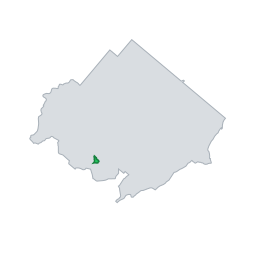 location of Ar Reif Ash Shargi, South Kordufan, Sudan, rotated 40°
{"feature_id": "16777658B25449953916595", "entity_name": "Ar Reif Ash Shargi", "entity_type": "district", "adm_level": 2, "iso_a3": "SDN", "parent_name": "Sudan", "parent_adm1": "South Kordufan", "projection": "mercator", "projection_center": [29.773, 11.191], "detail": "fine", "context": "in_parent", "style": "filled", "palette": "green", "viewbox_px": 256, "rotation_deg": 40, "n_neighbors": 0, "source": "geoboundaries", "source_scale": "gbopen_adm2", "svg_char_len": 4553}
<svg xmlns="http://www.w3.org/2000/svg" viewBox="0 0 256 256"><g transform="rotate(40 128 128)"><path d="M167.7,192.1L165.8,192.1L165.6,191.6L165.6,190.4L165.8,189.4L166.5,187.9L166.3,187.1L166.5,185.9L165.9,184.6L161.3,180.7L160.4,179.7L158.0,178.7L158.4,177.6L157.4,169.7L157.9,168.8L158.0,167.4L158.0,166.2L158.6,164.1L158.7,163.3L153.8,163.2L153.7,164.1L153.9,165.1L153.9,165.4L147.1,165.5L149.8,168.6L149.9,169.9L149.8,171.6L149.8,172.7L150.0,173.4L150.7,174.8L150.7,175.1L150.5,175.4L145.6,179.6L144.8,181.5L144.2,182.5L142.8,184.2L138.4,188.6L137.6,188.9L134.3,189.0L133.9,189.1L133.7,189.3L130.6,186.7L125.8,183.6L122.6,185.2L121.7,185.8L121.7,187.3L121.2,188.1L120.3,188.9L118.0,189.4L116.7,189.9L115.3,190.7L113.8,192.1L113.7,192.9L113.9,193.5L105.7,193.5L105.2,193.0L104.0,190.6L103.1,190.8L95.7,190.5L94.6,190.8L92.5,191.7L91.4,191.9L90.3,191.4L86.4,186.8L85.5,186.3L84.6,185.2L83.8,184.7L83.5,184.4L83.4,183.9L83.5,182.9L83.2,182.2L82.6,182.1L77.3,183.2L76.5,183.0L75.4,183.2L75.0,183.4L74.6,184.0L74.5,185.3L74.4,185.9L74.0,186.6L72.5,188.2L72.1,188.8L72.2,190.6L72.1,191.4L71.9,191.8L71.2,192.5L71.0,192.9L70.7,195.1L69.9,196.4L69.7,196.8L69.7,197.8L69.5,198.1L67.2,198.8L66.3,199.3L65.7,200.1L65.6,200.4L64.6,200.1L63.3,199.9L60.8,199.7L59.8,199.4L59.3,198.8L59.5,197.5L59.2,197.2L58.8,197.0L58.5,196.4L58.6,195.7L59.9,194.2L60.2,193.4L60.5,189.5L60.4,188.3L59.4,186.2L57.0,182.4L56.4,181.7L53.4,178.6L53.1,178.2L52.3,176.9L53.1,174.0L53.2,173.2L53.0,172.4L52.2,171.8L51.6,171.7L50.7,171.0L50.1,170.6L49.6,170.0L49.2,169.0L49.5,165.6L49.3,165.2L48.5,165.1L48.4,164.8L48.4,164.2L48.0,162.3L47.5,160.7L47.8,159.8L47.1,158.6L45.9,158.1L43.5,158.5L42.8,158.4L42.2,158.2L41.9,157.7L41.7,157.2L41.9,156.4L42.6,155.0L43.4,153.8L45.1,152.7L45.6,152.2L45.8,151.5L45.9,150.8L45.8,150.0L45.6,149.3L45.1,148.4L44.6,147.3L44.6,146.6L44.8,146.0L45.3,145.4L47.0,144.1L48.7,143.1L49.0,142.7L48.9,142.3L48.1,141.4L47.9,139.8L47.4,138.6L48.3,137.7L49.0,137.4L50.0,137.1L50.4,136.8L50.5,136.1L50.5,135.4L50.9,134.9L51.4,133.8L51.8,133.3L53.1,132.1L53.4,131.3L53.5,130.5L53.1,128.1L53.9,127.1L54.9,126.3L56.3,126.4L58.5,126.2L60.0,125.9L61.1,125.9L63.5,126.3L63.8,126.1L63.9,125.5L63.9,79.9L74.0,79.9L74.1,57.9L138.2,57.9L138.7,57.8L139.7,55.8L140.2,55.6L140.8,55.7L141.0,56.2L140.5,57.9L196.4,57.9L196.5,60.4L197.0,62.4L198.6,65.3L199.9,66.9L200.4,67.7L200.5,68.1L200.4,68.5L200.0,68.0L199.3,67.8L199.2,69.1L199.5,71.9L200.1,73.8L199.7,75.6L199.7,78.6L200.4,82.2L200.3,84.5L201.5,89.8L202.6,92.7L203.2,93.5L203.9,93.9L205.2,94.1L207.2,95.6L208.8,97.2L209.3,98.0L210.1,98.9L210.6,98.8L210.9,98.5L211.4,99.3L213.9,100.8L214.3,101.6L213.4,102.3L212.4,103.5L211.9,104.7L211.6,105.1L210.8,105.8L210.6,106.1L210.3,106.3L209.9,106.4L209.0,106.7L208.3,106.6L207.5,106.8L207.2,107.1L206.6,107.4L205.8,107.5L204.5,108.5L203.4,108.9L203.0,109.3L202.4,111.2L202.0,111.8L200.3,111.8L199.5,112.0L198.4,111.8L197.8,111.8L197.7,112.2L197.5,113.8L197.5,114.6L196.6,116.4L196.9,120.0L196.0,122.6L195.8,123.2L194.9,125.3L194.4,126.1L193.3,130.0L192.8,131.1L191.8,132.4L192.9,141.7L192.0,144.6L192.1,146.1L191.5,148.4L191.0,149.4L190.3,150.7L189.6,152.1L189.1,154.0L188.7,157.6L188.6,157.9L185.6,158.3L184.7,158.6L184.1,159.0L183.3,159.9L181.8,162.4L181.0,163.9L179.8,166.0L178.3,167.5L178.0,168.2L177.8,169.5L177.3,171.6L176.8,173.1L176.9,174.3L176.4,176.4L176.5,177.4L176.0,178.0L175.3,178.6L174.8,178.7L172.8,177.3L171.3,178.3L170.4,179.6L169.7,181.0L170.1,183.9L170.1,184.5L169.9,185.2L168.5,188.0L168.1,189.3L167.7,191.6L167.7,192.1Z" fill="#d9dde1" stroke="#a8b0b8" stroke-width="1"/><path d="M120.6,171.8L120.8,172.1L121.2,172.4L121.5,172.7L121.7,172.9L121.9,172.9L122.1,172.9L122.3,173.1L122.3,173.4L122.3,173.7L122.6,173.8L122.9,174.0L123.3,174.5L123.6,174.9L123.7,175.2L123.8,175.3L124.0,175.5L124.1,176.0L124.0,176.6L124.0,176.8L124.0,177.1L124.3,176.7L124.6,176.3L124.9,176.0L125.2,175.7L125.8,175.4L126.2,175.1L126.4,175.0L126.5,174.9L126.9,174.5L127.0,174.4L127.3,174.2L127.2,174.0L127.1,173.9L127.1,173.6L127.1,173.3L127.2,173.0L127.2,172.7L127.3,172.5L127.3,172.4L126.9,172.1L126.3,171.9L125.4,171.8L125.2,171.9L124.9,172.0L124.6,172.0L124.3,172.1L124.0,172.0L124.0,171.9L123.9,171.8L123.8,171.7L123.7,171.7L123.4,171.5L123.3,171.4L123.2,171.4L122.9,171.3L122.9,171.2L123.0,171.2L122.8,171.1L122.6,171.1L122.3,171.2L122.2,171.2L121.9,171.2L121.5,171.2L121.4,171.1L121.0,171.1L120.9,171.0L120.5,171.0L120.4,171.0L120.2,171.0L120.3,171.2L120.3,171.3L120.4,171.6L120.5,171.7L120.5,171.8L120.6,171.8Z" fill="#22c55e" stroke="#15803d" stroke-width="1.5"/></g></svg>